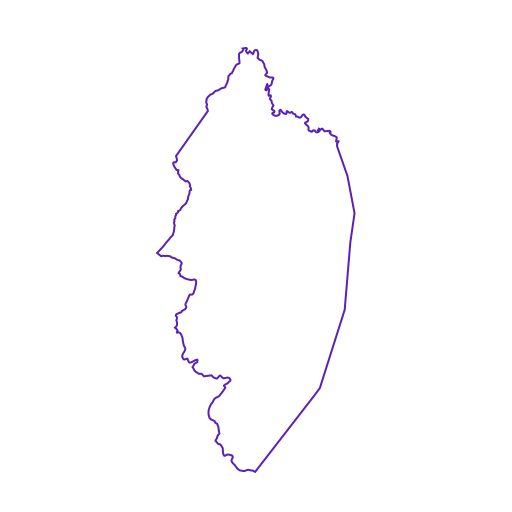 the district of El Paraiso, El Paraíso, Honduras, rotated 59°
{"feature_id": "27666195B18582423233621", "entity_name": "El Paraiso", "entity_type": "district", "adm_level": 2, "iso_a3": "HND", "parent_name": "Honduras", "parent_adm1": "El Paraíso", "projection": "natural_earth1", "projection_center": [-86.568, 13.849], "detail": "fine", "context": "isolated", "style": "outline", "palette": "violet", "viewbox_px": 512, "rotation_deg": 59, "n_neighbors": 0, "source": "geoboundaries", "source_scale": "gbopen_adm2", "svg_char_len": 6098}
<svg xmlns="http://www.w3.org/2000/svg" viewBox="0 0 512 512"><g transform="rotate(59 256 256)"><path d="M202.5,339.2L207.4,337.4L208.0,335.3L209.4,333.7L209.9,332.4L211.6,330.2L212.8,329.3L214.4,328.7L215.7,327.0L218.4,325.7L220.7,323.7L223.0,323.3L224.1,323.5L225.9,326.0L227.1,326.7L228.5,327.2L229.0,327.6L230.7,331.1L231.1,331.1L231.7,330.7L232.3,330.5L234.5,331.1L235.5,329.9L238.3,328.7L240.9,326.5L243.3,323.8L244.4,320.9L245.3,320.1L245.7,320.1L247.8,320.8L250.0,322.6L251.4,324.1L252.7,325.0L253.8,326.6L255.6,328.6L256.1,329.5L256.1,330.8L255.1,332.5L255.3,333.3L258.6,337.8L260.7,341.0L261.4,341.6L263.7,342.0L264.3,342.4L264.7,343.1L265.1,344.3L265.0,347.8L265.8,349.3L265.4,350.1L265.2,351.2L264.9,354.2L265.1,354.8L265.6,355.3L265.9,355.5L267.3,355.3L268.2,355.5L268.9,356.0L270.1,357.4L272.4,357.9L273.9,358.9L274.7,359.5L275.2,360.3L275.7,362.4L277.6,361.7L279.2,361.6L279.7,361.8L280.4,362.9L280.9,363.2L281.2,362.9L281.5,361.8L282.4,361.1L283.3,360.6L284.8,360.6L288.5,361.2L290.2,362.1L294.3,363.6L296.1,364.0L298.1,364.1L298.9,364.3L299.7,364.8L300.3,365.5L301.1,366.8L302.0,368.7L303.6,370.7L304.4,371.2L306.8,371.3L307.5,371.1L308.0,370.3L308.4,368.1L308.7,367.7L312.0,368.2L312.7,368.0L313.3,367.6L313.6,367.0L313.8,366.1L314.0,362.3L314.2,360.9L314.4,360.0L314.7,359.7L315.2,359.8L316.8,361.2L316.6,364.3L317.6,365.6L318.3,367.3L318.5,367.6L320.2,367.5L322.4,367.8L324.2,367.3L327.4,365.7L328.0,365.0L328.7,363.7L329.1,363.3L332.3,362.6L335.3,355.8L335.9,355.4L337.0,355.3L338.2,354.9L339.8,353.8L340.8,352.8L340.9,352.4L340.7,351.4L340.0,349.4L340.0,348.3L340.2,348.1L342.9,347.5L344.1,346.8L344.5,346.0L345.2,343.9L345.6,343.0L346.4,342.0L347.2,341.6L349.1,341.7L349.8,342.5L349.9,343.7L350.5,345.9L350.3,348.3L350.5,349.9L350.7,350.3L351.0,350.4L352.2,350.1L352.9,350.1L353.4,350.8L355.2,354.7L357.1,359.7L356.9,363.7L357.0,365.1L359.2,369.0L360.0,371.1L361.9,373.9L363.2,375.4L364.7,376.7L367.4,378.3L371.1,379.3L372.6,378.9L376.2,376.5L378.0,376.8L379.8,375.7L383.0,376.3L389.4,378.9L389.7,379.6L389.8,380.5L390.2,380.9L390.6,382.0L392.0,383.2L393.1,385.5L393.5,385.9L397.2,385.3L397.9,385.0L398.5,384.2L399.5,383.6L401.9,383.4L403.9,383.6L405.6,384.6L409.0,386.1L410.6,386.2L410.9,386.0L411.2,385.5L411.4,383.2L411.7,382.1L414.3,379.6L415.0,379.2L416.3,379.4L417.2,380.3L417.5,381.0L418.1,381.8L419.0,382.5L419.9,382.7L421.5,382.6L424.4,381.9L428.6,381.5L431.3,380.4L433.6,377.8L434.4,376.6L434.7,374.5L435.2,372.8L437.1,370.9L438.3,369.3L440.6,367.9L405.8,278.3L402.1,269.3L347.8,207.7L293.0,168.2L270.1,149.5L234.5,136.4L203.3,129.9L202.1,128.8L201.8,128.9L201.4,128.7L200.6,126.7L200.2,126.2L199.9,126.4L199.3,128.1L199.0,128.3L198.3,127.8L196.3,125.9L195.8,125.8L195.1,125.9L194.2,126.5L191.5,128.7L190.2,129.2L188.4,129.4L188.2,129.0L188.1,128.2L187.6,128.1L187.0,128.3L186.5,128.7L184.4,133.0L183.9,133.2L181.7,133.4L180.9,133.7L181.0,135.8L180.0,136.0L179.2,136.5L180.1,138.0L181.1,136.9L181.5,137.1L181.8,138.3L181.5,139.9L181.1,140.5L180.6,140.8L179.6,141.0L179.0,140.8L178.7,141.0L177.7,142.4L178.2,143.7L178.0,144.6L177.8,144.8L177.1,144.9L175.7,146.1L174.8,146.0L173.2,144.9L172.2,144.6L171.1,144.7L168.1,145.6L167.3,145.6L167.1,145.3L167.0,144.7L167.2,142.4L166.4,141.3L165.5,140.7L165.0,140.8L164.0,141.3L162.5,141.8L161.3,142.0L159.9,141.8L159.5,142.0L159.1,142.6L159.1,143.3L159.4,144.3L160.0,145.4L160.2,146.2L160.1,146.9L159.7,147.5L157.7,148.9L157.1,149.8L154.8,149.4L153.0,150.8L151.1,151.1L150.8,151.5L150.9,152.1L150.9,152.7L150.6,153.3L149.5,154.1L148.2,154.4L147.8,154.8L147.9,155.2L148.1,155.5L149.6,156.5L149.7,157.1L149.3,157.7L148.5,158.4L147.2,159.0L145.6,159.5L143.7,159.6L143.3,159.8L143.2,160.4L143.5,161.1L144.3,161.6L146.2,162.4L146.7,163.2L146.9,164.1L146.6,165.7L145.9,167.1L144.8,168.0L143.1,168.8L142.4,168.8L142.0,168.4L141.9,167.7L142.2,167.1L142.2,166.7L141.9,166.0L141.5,165.6L140.8,165.7L139.0,166.7L138.3,166.9L137.2,165.8L136.3,164.0L135.8,163.5L133.1,163.6L131.1,162.8L128.4,163.2L127.1,161.2L126.2,160.7L125.8,160.7L125.6,161.0L125.3,162.4L124.7,162.5L123.8,162.0L120.0,158.8L119.0,159.2L118.7,159.7L118.7,160.3L119.3,161.3L119.3,161.8L118.7,162.3L118.0,162.2L114.5,158.0L114.5,157.8L114.9,157.8L116.5,159.0L117.0,159.1L117.3,158.9L117.4,158.1L117.1,154.9L116.7,154.2L114.2,151.8L113.0,149.9L112.4,149.5L112.0,149.5L111.6,149.8L110.9,151.0L109.9,152.3L106.9,154.5L105.9,154.9L105.2,153.9L104.7,152.1L104.2,151.8L101.4,151.3L98.6,151.3L95.9,150.2L92.3,150.1L91.7,150.3L89.6,151.9L87.0,152.6L84.8,150.6L83.6,149.8L80.9,149.1L80.4,149.1L79.8,149.4L79.2,150.4L79.1,151.5L79.7,152.4L81.1,154.0L81.3,154.7L80.4,154.9L79.1,155.5L77.3,155.9L78.2,158.7L77.2,159.0L75.1,159.1L73.8,157.1L73.2,157.0L72.7,157.2L72.3,157.9L71.4,160.3L71.9,160.1L72.6,160.7L73.5,162.5L73.8,163.4L73.6,164.3L73.6,165.4L73.8,166.0L74.1,166.5L77.6,168.6L81.0,170.1L82.2,170.9L82.3,171.7L81.9,173.5L82.1,174.7L84.6,179.2L85.3,180.0L86.1,181.5L86.9,182.5L86.6,184.2L87.1,185.2L87.6,187.0L90.6,189.0L91.2,190.1L92.3,191.0L94.6,194.5L95.3,195.2L95.4,195.8L95.3,196.6L94.4,199.5L94.5,203.4L93.8,205.0L93.7,205.7L94.0,207.3L94.6,209.5L94.2,211.8L94.7,214.6L95.3,216.2L96.0,217.5L96.9,218.0L98.4,219.5L100.9,219.9L101.4,220.3L102.1,221.3L102.9,221.8L104.8,221.9L106.9,222.5L129.2,273.2L130.2,273.3L132.4,274.0L133.3,274.4L133.7,274.9L133.8,275.5L134.2,276.0L134.3,276.6L134.2,277.0L133.5,277.8L133.4,278.8L134.3,279.5L137.4,280.0L141.3,279.8L141.9,279.2L142.4,278.3L142.7,278.4L143.4,279.3L144.2,279.6L145.1,280.3L146.9,280.0L148.6,280.3L150.5,280.1L153.2,278.8L154.0,278.7L154.5,278.3L155.7,278.0L156.5,276.1L159.1,275.5L161.2,276.0L162.3,276.9L163.8,276.8L165.7,277.4L165.9,277.6L165.6,278.3L165.8,279.0L166.4,279.6L168.0,280.7L170.1,283.4L172.1,285.0L174.9,289.0L175.5,292.7L176.2,294.9L176.5,295.8L177.3,296.8L177.6,297.6L177.7,298.2L177.4,299.7L178.2,300.2L178.4,300.6L178.8,302.3L178.7,302.8L179.6,303.4L180.5,304.8L182.0,305.7L182.7,307.3L183.7,307.9L184.1,307.9L185.4,309.3L188.1,310.0L189.7,311.6L190.8,312.2L192.7,313.8L195.3,316.7L196.1,320.1L196.8,321.5L198.1,325.6L199.9,330.2L202.5,339.2Z" fill="none" stroke="#5b21b6" stroke-width="2"/></g></svg>